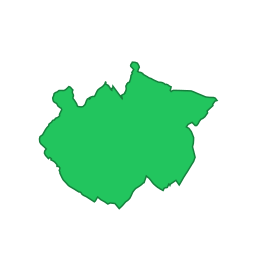 outline of Acatlán, Veracruz, Mexico, rotated 225°
{"feature_id": "50627088B71812664206882", "entity_name": "Acatlán", "entity_type": "district", "adm_level": 2, "iso_a3": "MEX", "parent_name": "Mexico", "parent_adm1": "Veracruz", "projection": "albers", "projection_center": [-96.837, 19.689], "detail": "fine", "context": "isolated", "style": "filled", "palette": "green", "viewbox_px": 256, "rotation_deg": 225, "n_neighbors": 0, "source": "geoboundaries", "source_scale": "gbopen_adm2", "svg_char_len": 4903}
<svg xmlns="http://www.w3.org/2000/svg" viewBox="0 0 256 256"><g transform="rotate(225 128 128)"><path d="M202.5,96.0L200.7,94.7L199.4,94.1L197.6,94.3L195.8,94.9L193.0,94.0L190.6,94.3L189.2,94.7L187.8,94.1L187.0,91.7L186.1,89.2L184.9,88.2L185.1,85.9L186.1,83.6L185.7,81.6L186.5,80.6L186.5,79.3L186.2,78.1L186.6,75.0L186.5,74.7L185.6,73.3L185.6,72.8L185.6,70.9L185.4,70.0L185.3,68.9L184.2,65.0L183.6,62.7L183.9,61.1L184.1,59.7L182.9,57.7L180.6,55.8L178.6,55.2L175.7,55.3L175.1,55.3L173.8,55.4L173.6,55.4L171.9,55.4L171.0,55.4L170.6,52.8L169.3,51.1L166.9,50.3L162.6,50.1L162.6,51.2L162.5,51.8L162.2,51.9L160.5,52.1L160.0,51.0L159.8,51.1L157.2,51.9L155.6,52.1L155.4,52.1L152.5,51.9L151.8,51.4L151.3,50.7L150.9,50.7L150.8,50.9L150.5,51.4L149.2,51.8L147.9,51.6L147.2,50.7L146.7,49.4L145.1,48.8L144.0,47.8L143.6,47.7L140.3,46.5L138.2,45.8L136.8,45.5L136.6,45.5L132.8,45.4L129.6,45.2L129.0,45.3L128.1,45.4L125.9,46.0L125.1,46.2L123.2,46.7L121.3,47.2L121.0,47.2L120.6,47.3L117.4,48.1L116.6,48.9L115.6,49.1L114.1,48.7L113.0,48.7L111.3,49.1L109.5,49.8L108.0,50.2L104.7,50.9L99.6,52.0L99.6,52.4L99.5,53.1L99.7,54.1L100.2,55.6L100.6,57.8L97.7,58.0L96.5,58.1L92.4,59.3L88.5,60.0L87.6,62.4L85.1,64.4L83.8,65.4L79.5,65.0L77.2,64.8L77.1,68.2L77.1,68.7L77.2,71.1L77.3,71.4L77.4,73.5L77.5,73.8L77.2,75.6L77.0,76.6L77.0,78.0L77.0,79.4L77.5,81.0L78.1,82.9L78.3,83.3L78.4,83.6L79.3,85.9L79.7,88.5L79.8,90.5L79.8,90.8L79.2,93.2L78.7,95.7L78.5,97.1L78.4,97.4L78.4,97.7L78.4,98.4L78.4,98.8L78.4,99.6L78.0,100.7L81.1,107.0L79.0,107.2L77.6,107.4L76.7,107.3L75.4,107.2L74.6,107.1L72.1,106.7L71.6,106.7L70.9,106.6L70.1,106.6L69.9,106.6L68.5,106.7L67.1,106.8L65.5,107.0L65.3,107.0L65.1,107.0L63.7,107.4L62.9,107.5L61.7,107.8L61.4,107.9L61.2,108.0L59.0,108.6L59.2,109.5L59.9,110.6L59.3,112.4L58.7,112.9L58.2,113.8L59.5,117.3L58.9,117.4L58.5,117.3L57.8,117.1L58.2,118.0L58.3,118.4L58.1,119.6L57.1,124.9L51.5,123.9L51.8,125.2L53.4,131.1L53.7,132.1L54.2,134.5L54.5,135.7L54.8,137.1L54.9,137.8L56.0,142.4L56.1,142.8L56.6,144.9L56.6,145.0L56.8,145.7L57.0,146.5L57.3,147.7L57.4,148.4L57.6,149.1L58.0,150.8L58.3,151.4L59.9,154.8L60.3,155.0L61.6,155.8L62.4,156.3L64.1,157.3L64.9,157.8L69.1,160.3L70.9,163.3L72.4,165.0L72.9,165.6L74.7,167.5L74.8,167.6L78.1,169.1L80.7,170.2L84.7,170.8L85.4,170.6L86.6,170.2L87.5,170.0L87.9,172.1L88.1,173.1L87.5,174.9L86.7,177.3L82.2,177.2L81.2,178.3L81.5,180.8L82.3,183.2L82.6,185.8L81.9,187.6L81.6,190.3L82.1,193.3L82.4,194.9L82.8,195.2L84.1,196.0L83.8,203.9L84.8,204.6L85.3,207.0L85.5,208.6L84.5,210.4L87.4,210.8L88.3,210.4L89.0,210.1L92.1,207.2L94.2,205.5L94.9,205.0L95.0,204.9L99.4,203.1L100.6,202.6L102.0,202.0L103.5,201.4L107.3,199.9L109.5,198.9L112.6,196.1L113.2,195.5L114.6,194.2L115.9,193.0L119.3,189.8L119.7,189.4L122.5,186.7L123.2,185.1L123.3,184.3L124.7,184.4L125.6,186.0L126.1,186.8L126.6,187.6L128.4,186.9L130.3,186.7L131.7,186.1L132.5,185.1L134.0,185.0L135.7,184.4L137.0,183.6L138.9,181.9L139.3,181.8L142.1,180.7L144.4,179.9L146.7,179.3L148.1,178.5L149.3,178.1L150.7,177.9L150.9,177.8L154.6,176.8L155.2,176.6L156.0,177.0L158.3,176.3L159.4,175.4L161.2,174.8L161.9,176.3L162.3,177.0L162.9,178.9L164.1,179.6L165.1,179.9L165.5,180.0L167.2,180.5L169.5,179.4L171.5,177.6L171.0,176.2L171.0,175.7L170.9,175.1L170.8,174.9L170.4,174.1L170.2,174.0L169.9,173.7L169.5,173.5L169.4,173.5L169.0,173.5L168.8,173.5L168.5,173.5L168.2,173.6L167.7,173.5L165.3,173.4L164.9,171.6L164.7,170.6L164.5,169.9L163.5,169.7L163.0,167.3L161.9,165.9L161.7,165.7L161.3,165.0L160.6,163.9L159.7,162.0L159.4,161.4L160.1,160.0L159.9,159.7L159.8,158.8L160.0,158.3L159.6,157.6L159.4,157.2L159.3,156.8L159.3,156.5L159.1,156.1L158.7,155.8L157.9,155.2L157.1,154.6L156.8,154.2L156.4,153.7L155.7,152.4L155.4,151.3L155.2,150.5L154.7,150.2L155.0,149.0L155.3,148.0L155.8,145.9L155.4,146.0L155.1,145.8L154.6,145.8L154.1,145.3L154.0,144.9L153.5,145.1L153.1,145.0L152.9,144.6L168.2,146.9L167.7,146.3L167.1,145.7L167.1,145.1L167.5,144.5L166.5,143.5L166.2,143.2L166.6,143.1L168.3,143.2L169.4,143.8L170.5,143.8L171.2,144.1L171.5,143.9L172.2,143.8L172.3,144.1L173.2,143.8L174.6,143.4L175.0,143.2L175.6,144.4L176.2,144.7L176.4,144.6L176.1,143.8L175.6,143.0L175.4,142.2L175.4,141.2L175.3,139.5L175.6,137.7L176.1,135.6L176.1,134.7L176.2,133.9L176.2,133.5L176.1,133.0L175.8,131.9L175.3,130.4L174.7,128.9L174.0,126.6L174.2,126.3L175.1,125.6L176.1,123.7L176.6,122.4L175.6,122.2L175.7,121.2L176.8,121.0L177.2,119.8L176.9,118.7L176.8,118.2L176.6,117.8L175.6,115.6L175.0,114.3L174.9,111.5L175.9,109.9L177.6,108.5L179.0,107.6L180.3,108.2L180.5,108.3L181.2,108.7L182.7,109.1L185.5,109.7L185.9,109.8L187.6,109.9L188.9,111.1L189.1,111.9L189.9,112.7L191.2,113.2L192.3,113.6L193.0,114.4L193.6,115.0L193.8,115.9L194.7,115.9L197.6,116.1L199.1,115.5L199.1,113.0L199.2,111.1L199.7,109.4L200.4,108.6L201.7,107.4L203.3,105.7L203.6,103.3L203.7,103.2L204.4,101.6L204.5,99.9L203.9,99.1L203.4,98.3L202.5,96.0Z" fill="#22c55e" stroke="#15803d" stroke-width="1.5"/></g></svg>